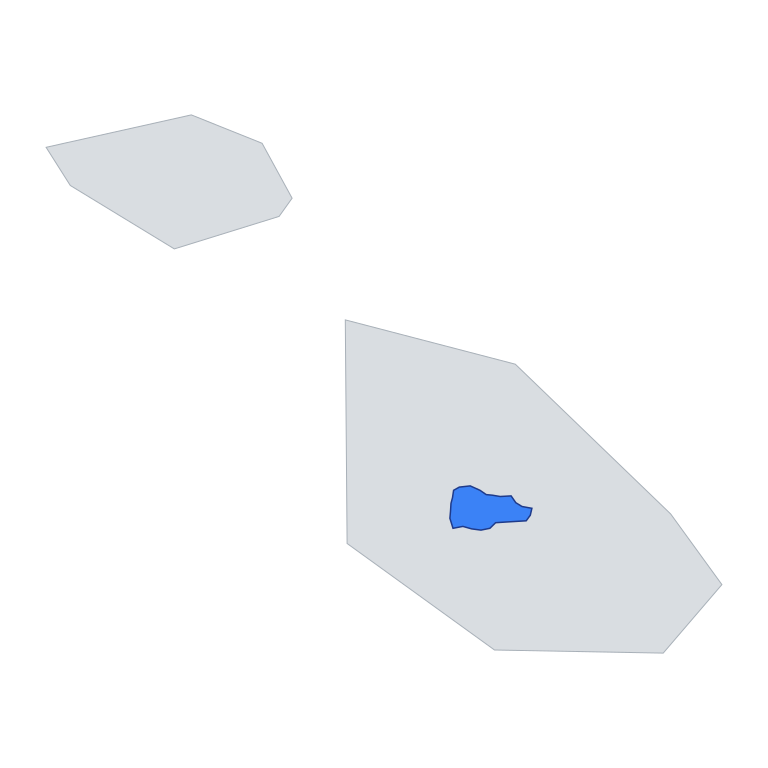 Malta, with Attard highlighted
{"feature_id": "MLT-5920", "entity_name": "Attard", "entity_type": "state/province", "adm_level": 1, "iso_a3": "MLT", "parent_name": "Malta", "parent_adm1": "", "projection": "robinson", "projection_center": [14.431, 35.889], "detail": "fine", "context": "in_parent", "style": "filled", "palette": "blue", "viewbox_px": 768, "rotation_deg": 0, "n_neighbors": 0, "source": "natural_earth", "source_scale": "10m", "svg_char_len": 685}
<svg xmlns="http://www.w3.org/2000/svg" viewBox="0 0 768 768"><path d="M721.9,584.6L663.2,653.1L494.5,650.0L347.1,543.5L345.3,319.9L515.3,364.2L670.7,514.0L721.9,584.6ZM279.1,216.4L174.3,248.9L70.3,185.5L46.1,147.3L191.3,114.9L262.1,143.3L292.1,198.2L279.1,216.4Z" fill="#d9dde1" stroke="#a8b0b8" stroke-width="1"/><path d="M470.2,485.9L480.0,490.3L486.2,494.6L492.4,495.2L500.2,496.5L511.1,495.9L515.8,502.7L522.0,506.5L531.9,508.3L530.3,515.2L526.2,520.8L506.4,522.0L495.6,522.7L489.9,528.3L481.0,530.1L471.7,528.9L462.9,526.4L453.0,528.3L449.9,518.3L450.5,511.4L451.0,503.3L452.5,497.7L453.6,490.3L459.3,487.1L470.2,485.9Z" fill="#3b82f6" stroke="#1e3a8a" stroke-width="1.5"/></svg>